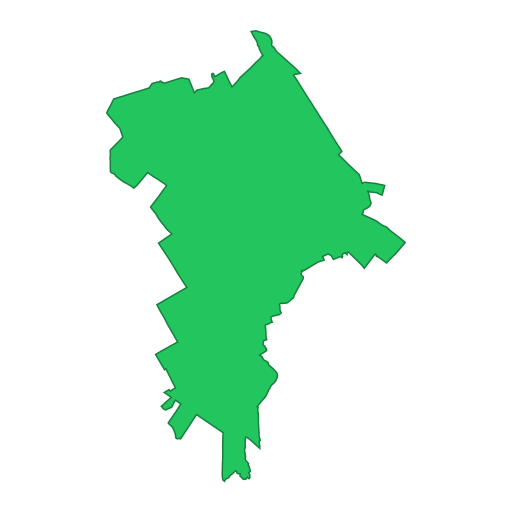 outline of Harmanesti, Iasi, Romania
{"feature_id": "2599482B46405340562029", "entity_name": "Harmanesti", "entity_type": "district", "adm_level": 2, "iso_a3": "ROU", "parent_name": "Romania", "parent_adm1": "Iasi", "projection": "orthographic", "projection_center": [26.797, 47.275], "detail": "fine", "context": "isolated", "style": "filled", "palette": "green", "viewbox_px": 512, "rotation_deg": 0, "n_neighbors": 0, "source": "geoboundaries", "source_scale": "gbopen_adm2", "svg_char_len": 6018}
<svg xmlns="http://www.w3.org/2000/svg" viewBox="0 0 512 512"><path d="M269.8,36.4L269.0,35.6L267.9,34.7L265.5,33.4L263.2,32.8L260.0,32.1L255.8,30.7L254.5,31.2L253.4,31.1L251.8,31.3L251.1,31.6L251.7,32.4L252.9,35.0L255.0,38.6L255.6,39.2L256.9,41.9L257.4,43.0L257.6,45.4L259.0,46.9L259.2,48.4L260.5,51.4L261.5,53.2L262.8,55.2L262.9,55.5L262.7,56.0L261.4,56.3L261.3,57.1L260.9,57.7L258.6,60.0L255.9,62.4L250.3,68.2L240.1,77.5L238.1,80.2L236.4,82.3L232.0,86.8L229.0,81.1L228.1,79.1L224.4,71.3L220.6,73.2L214.8,76.7L214.4,76.0L213.7,74.2L213.1,73.5L212.4,73.4L211.8,73.9L211.7,74.2L211.7,74.9L212.0,76.9L212.7,78.6L213.2,79.3L213.6,80.6L213.8,81.7L213.6,82.2L212.4,84.1L212.1,84.1L211.6,84.4L210.6,85.8L208.4,88.1L206.7,88.0L206.1,88.5L204.1,88.4L200.7,89.3L197.4,89.9L195.3,91.7L194.3,92.7L189.0,79.3L186.8,78.7L186.0,78.5L185.2,78.6L181.5,77.8L164.3,83.2L163.7,83.0L163.2,82.5L162.9,82.4L162.3,82.6L161.9,82.4L161.5,82.2L161.5,81.7L161.1,81.3L160.7,81.0L160.2,81.1L159.8,81.3L159.1,82.2L157.6,82.0L152.4,83.4L151.9,83.8L150.0,86.6L149.7,87.1L149.5,87.8L137.7,91.6L135.7,92.1L125.6,95.2L123.1,96.2L119.9,97.0L113.7,99.0L110.8,104.9L107.6,110.8L107.0,112.4L106.8,113.0L107.0,113.5L115.9,124.2L119.9,128.4L122.5,136.2L122.7,137.1L122.5,137.6L122.2,138.0L121.8,138.1L118.2,142.2L117.0,143.2L112.7,147.6L112.2,148.1L111.0,149.2L110.3,150.1L110.2,150.3L110.3,153.6L110.3,156.0L110.0,158.7L110.2,159.4L110.3,161.6L110.3,167.2L110.3,168.1L110.4,170.7L110.4,171.2L110.7,172.1L111.7,172.9L113.0,173.4L114.4,174.2L115.0,174.7L115.8,175.9L116.3,176.4L121.0,180.1L124.4,182.4L126.4,183.3L131.6,186.4L133.8,188.1L136.7,185.6L147.7,172.6L153.6,176.7L157.4,179.0L163.6,183.2L166.7,185.5L164.0,189.0L158.6,196.5L150.5,207.1L152.6,209.9L153.3,210.6L154.7,212.5L155.7,213.6L157.1,216.2L159.4,219.7L160.6,221.3L164.3,225.9L165.0,226.8L166.6,229.0L168.0,230.4L171.9,233.9L158.5,243.1L168.5,258.2L174.2,267.4L177.4,272.9L184.5,284.0L186.8,287.4L156.9,304.7L159.3,309.4L160.4,311.4L163.6,316.6L168.2,325.6L170.5,329.5L177.6,342.0L160.7,351.4L155.6,354.5L164.5,369.7L165.9,368.9L175.4,387.9L170.1,391.1L169.1,389.6L164.2,392.5L171.3,397.3L164.8,403.1L161.3,406.4L161.9,406.8L162.4,407.7L163.5,408.9L164.3,409.4L164.7,409.5L165.3,410.0L170.5,407.8L172.2,406.7L173.3,403.8L175.4,400.2L180.8,403.9L176.2,411.3L168.2,422.9L169.2,424.2L170.7,425.5L172.0,426.7L172.9,428.1L173.8,430.1L175.2,433.4L175.8,437.5L176.2,438.3L176.9,438.7L177.3,438.8L179.0,438.5L180.6,438.9L196.5,414.6L223.1,432.7L222.8,440.6L222.7,446.9L222.8,456.6L222.5,463.2L222.2,473.5L222.4,477.3L222.8,479.6L223.1,480.2L224.5,481.3L225.5,479.4L226.1,479.0L228.8,477.6L229.5,476.8L229.5,476.4L229.6,476.0L229.8,475.8L232.3,473.9L234.3,472.0L235.5,471.0L235.9,471.0L236.7,471.6L236.9,471.9L237.0,473.2L237.6,473.6L240.1,473.8L240.0,475.8L240.3,476.6L241.1,476.7L242.5,478.8L243.0,479.0L243.7,479.3L245.4,479.3L246.2,478.8L246.5,478.0L246.8,477.6L247.4,477.2L247.6,477.3L248.5,478.5L249.1,478.5L249.5,478.3L249.8,477.7L249.8,476.6L249.9,475.9L249.8,474.8L248.8,473.0L248.9,472.5L249.5,472.0L250.2,471.7L250.4,471.0L249.5,468.3L249.4,466.9L248.3,465.5L248.2,464.4L248.5,463.6L245.5,459.9L245.2,458.6L245.6,457.9L245.3,457.3L245.6,456.1L245.0,454.0L245.1,453.4L244.8,451.6L244.5,450.6L245.4,446.4L245.1,445.5L245.3,438.6L245.7,437.1L246.8,437.5L248.3,438.3L250.1,439.7L259.8,448.4L259.8,446.0L259.5,444.8L259.3,442.8L259.3,441.1L260.4,440.3L259.7,438.7L259.0,435.6L259.0,432.1L258.5,424.7L258.4,414.5L257.7,410.2L258.1,407.1L257.1,406.6L259.7,403.5L261.1,401.6L265.2,397.2L265.9,395.9L268.5,390.6L268.7,389.7L269.6,388.6L271.4,385.2L273.1,383.9L275.5,381.3L277.2,377.5L277.5,375.6L277.2,374.2L276.8,372.8L274.0,369.6L271.5,367.3L268.6,364.7L268.0,362.3L266.7,361.6L265.8,360.8L264.7,360.5L263.4,359.5L262.0,356.5L261.2,356.2L259.6,355.1L262.0,353.7L266.5,350.7L266.0,350.0L266.7,349.1L265.0,347.0L264.8,346.2L264.4,345.7L263.5,345.2L263.1,344.5L263.0,343.7L263.2,343.1L263.6,340.8L263.9,340.5L264.7,340.4L265.5,340.1L266.2,340.0L266.7,339.5L266.0,336.5L265.9,331.5L265.3,325.0L269.2,323.7L270.7,322.6L271.2,322.5L272.1,322.3L272.0,322.2L272.0,321.3L271.5,320.2L271.1,319.0L271.0,317.5L271.0,317.1L271.6,316.7L273.7,315.9L276.7,315.3L279.3,314.6L279.5,314.3L281.0,313.3L281.1,312.9L281.1,312.4L280.8,311.8L280.0,310.3L279.9,306.4L279.7,305.5L279.4,304.9L279.5,304.1L281.0,303.2L283.2,303.4L286.2,303.1L287.7,302.6L290.2,300.5L291.7,299.2L292.8,298.5L293.5,297.6L294.4,294.9L303.1,278.9L303.2,276.6L302.4,276.1L301.3,274.6L301.2,274.0L301.5,272.0L301.5,271.2L301.7,270.6L302.6,271.4L303.8,270.1L304.5,270.2L318.2,262.0L324.2,260.1L322.6,256.5L328.1,254.0L331.2,255.6L333.4,259.4L340.4,256.6L342.1,257.8L342.3,257.7L342.5,257.0L342.6,256.3L342.6,256.0L342.2,255.2L342.3,254.4L344.4,253.2L345.0,252.9L345.2,253.0L347.0,254.6L347.1,252.5L348.5,252.3L349.7,253.3L361.6,264.9L364.3,268.3L375.2,254.0L376.4,255.4L376.3,256.0L376.5,256.4L377.1,256.3L381.1,259.0L386.6,263.0L389.9,259.3L391.1,258.2L392.2,257.0L394.8,254.6L397.2,252.0L399.7,248.9L400.8,247.8L402.9,245.3L404.1,243.9L405.2,242.4L399.5,237.7L391.5,231.6L388.3,228.8L387.7,228.0L387.0,227.4L384.9,226.3L384.1,226.1L383.1,225.7L378.9,223.0L378.7,222.5L375.3,220.4L362.0,214.3L362.3,214.0L363.1,212.7L363.2,211.5L363.4,210.4L364.2,209.5L367.6,207.8L369.0,206.8L369.8,206.0L370.2,205.3L370.9,203.9L371.0,203.1L370.9,202.4L369.8,199.4L369.4,196.2L369.2,195.3L368.0,191.6L367.3,190.7L370.1,192.1L372.1,192.0L373.4,192.4L376.6,192.6L380.6,194.7L382.2,195.0L384.7,185.5L382.5,184.9L380.2,184.5L374.8,183.3L372.5,183.2L367.3,182.5L364.4,182.3L363.7,182.5L362.1,183.4L359.4,174.9L359.1,174.5L348.4,164.5L342.6,158.6L339.7,155.9L338.5,154.9L341.8,151.5L341.6,151.1L340.9,149.8L335.7,141.8L330.4,133.2L329.0,130.9L328.1,129.2L319.1,115.4L317.4,112.5L314.6,108.3L311.6,103.4L308.5,98.7L295.4,77.7L293.5,75.3L294.9,74.2L296.8,74.1L300.5,73.4L298.0,71.1L297.7,70.4L276.4,51.3L275.0,49.0L273.9,47.3L273.3,46.8L271.9,45.9L271.6,45.4L271.6,44.6L271.9,42.8L271.7,40.3L271.3,39.1L269.8,36.4Z" fill="#22c55e" stroke="#15803d" stroke-width="1.5"/></svg>